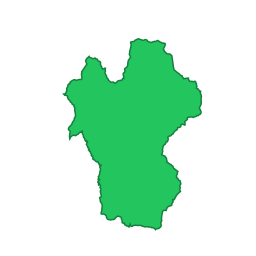 outline of Nam Tra My, Quàng Nam, Vietnam, rotated 202°
{"feature_id": "81297802B98842550999199", "entity_name": "Nam Tra My", "entity_type": "district", "adm_level": 2, "iso_a3": "VNM", "parent_name": "Vietnam", "parent_adm1": "Quàng Nam", "projection": "natural_earth1", "projection_center": [108.076, 15.133], "detail": "fine", "context": "isolated", "style": "filled", "palette": "green", "viewbox_px": 256, "rotation_deg": 202, "n_neighbors": 0, "source": "geoboundaries", "source_scale": "gbopen_adm2", "svg_char_len": 5781}
<svg xmlns="http://www.w3.org/2000/svg" viewBox="0 0 256 256"><g transform="rotate(202 128 128)"><path d="M64.5,44.0L64.2,44.6L63.8,45.0L61.6,46.8L60.8,48.3L60.6,49.2L60.8,50.3L62.2,52.5L62.0,53.4L62.0,54.9L62.3,55.1L62.9,56.2L63.6,58.4L64.5,62.4L64.6,63.9L64.3,64.7L63.8,65.1L61.8,65.8L61.9,68.3L61.5,69.9L60.9,70.6L59.0,72.2L58.6,72.7L58.5,73.0L59.0,74.3L58.6,75.9L58.6,76.6L58.8,77.0L59.5,77.8L59.8,78.5L59.7,78.6L58.8,78.4L58.3,79.0L57.8,83.9L57.0,86.1L55.6,88.8L57.0,90.3L57.2,91.6L57.1,92.3L58.4,93.5L58.1,95.2L58.2,96.2L59.4,97.8L59.7,98.5L61.6,98.7L62.0,99.0L62.3,99.5L62.7,99.6L63.1,100.0L63.9,99.9L64.8,100.7L64.7,101.2L65.2,101.8L65.1,104.0L65.5,105.3L65.5,106.4L66.8,106.8L68.5,107.1L69.2,107.5L69.7,107.5L70.7,107.8L72.2,109.5L73.5,109.5L74.3,110.2L75.5,110.1L76.5,110.5L77.2,110.4L77.7,110.8L79.0,110.7L79.3,110.9L79.4,111.9L79.7,112.4L80.4,113.1L81.1,114.5L81.6,114.7L81.9,115.0L82.3,115.0L82.9,115.6L83.8,115.8L84.6,115.5L85.9,115.9L86.5,115.7L86.8,115.9L86.9,116.1L86.8,117.0L87.1,119.5L87.8,120.5L88.6,124.2L88.5,125.1L87.4,127.1L87.3,128.2L87.5,129.1L87.1,129.6L86.5,129.9L86.3,130.6L86.5,132.8L87.5,134.1L87.5,134.8L87.3,135.4L85.4,136.9L84.8,138.5L84.1,139.3L83.9,140.8L83.3,142.8L81.8,144.9L82.1,147.0L80.7,147.7L79.7,148.7L79.7,149.6L80.0,150.5L79.9,151.2L79.2,151.8L78.5,152.0L76.4,152.0L76.6,153.3L77.8,155.1L76.3,157.9L76.2,158.4L76.8,159.3L76.6,160.3L75.8,160.6L74.8,161.4L74.0,161.7L73.2,162.1L71.6,162.2L69.1,164.5L68.6,165.4L67.5,165.8L66.9,167.3L66.0,168.0L66.1,169.8L66.5,170.7L67.4,171.4L67.9,172.1L69.0,172.9L69.4,173.5L69.1,176.9L69.5,178.8L70.2,180.5L70.9,181.4L71.8,184.9L72.6,186.0L73.8,187.2L74.1,188.2L74.8,188.4L75.0,188.8L74.7,189.3L75.7,189.4L77.0,189.9L77.8,190.5L78.5,190.4L79.6,190.7L79.7,192.4L80.9,193.9L81.2,194.9L82.0,195.3L82.4,195.7L82.7,196.3L83.0,196.4L83.7,196.3L84.7,195.4L86.4,195.2L87.1,194.7L88.4,194.5L90.0,195.6L90.7,196.9L93.7,195.3L94.5,194.5L96.6,195.7L97.4,196.6L98.9,196.6L101.3,197.6L102.9,197.8L107.4,199.4L114.5,211.5L116.9,212.3L119.1,211.5L120.2,211.6L121.9,212.4L122.9,212.6L123.4,213.3L124.8,214.6L124.5,218.1L124.7,218.7L124.6,219.2L125.2,220.2L127.1,220.0L128.1,219.5L129.3,219.8L130.5,219.7L132.5,220.2L133.5,220.2L134.4,218.9L135.4,218.5L137.2,217.2L137.7,216.6L138.8,216.0L140.2,215.7L142.1,215.8L142.6,216.0L143.0,216.5L144.6,216.6L145.2,216.4L146.2,215.3L146.8,215.0L148.9,214.7L151.9,214.6L154.3,212.0L154.5,211.1L155.5,210.1L157.1,209.2L157.7,208.5L157.5,207.9L156.5,206.9L156.1,206.1L155.3,201.5L155.2,200.0L155.0,199.0L154.6,198.4L154.4,196.8L152.1,194.6L153.0,190.8L152.6,188.6L151.8,186.2L151.7,184.2L152.3,183.5L153.3,181.7L153.3,181.4L152.4,180.2L152.0,178.8L152.0,178.4L152.8,177.1L152.8,176.4L151.8,174.6L150.7,173.3L150.4,172.3L151.1,172.1L151.5,171.8L151.6,170.1L152.0,169.6L152.8,169.5L155.1,167.7L155.3,167.4L155.7,166.0L156.4,165.1L157.5,164.5L158.3,165.1L159.2,165.0L160.8,164.0L163.7,164.8L164.5,165.8L166.7,166.9L167.5,168.3L169.3,169.7L170.2,170.7L170.3,171.2L170.2,172.2L171.1,173.8L171.3,174.9L172.2,174.6L172.4,174.0L173.5,173.1L175.0,174.2L175.6,175.1L176.1,175.4L177.0,176.3L177.4,176.5L177.9,178.4L178.2,178.7L179.3,179.2L180.6,178.9L182.6,180.4L183.7,179.9L184.3,180.4L184.8,180.5L185.7,179.7L186.9,179.1L190.3,179.2L190.9,179.8L192.3,176.7L192.5,174.4L190.2,171.9L190.1,171.5L192.0,162.7L191.5,161.6L191.3,160.4L189.5,157.3L189.2,155.8L189.4,155.5L190.6,155.1L191.7,154.5L193.4,153.0L195.2,152.8L196.2,152.5L197.6,150.9L198.8,149.1L198.8,148.7L198.3,148.1L198.3,147.8L198.5,147.5L199.1,147.2L199.2,146.6L199.8,145.8L199.4,143.6L199.7,141.7L198.9,140.1L198.7,139.2L198.9,136.7L199.1,136.2L200.4,135.4L198.8,134.6L197.9,135.1L196.4,135.1L196.1,134.7L195.8,134.6L195.5,133.7L194.9,132.9L193.2,131.9L192.3,131.7L191.0,130.5L189.9,130.3L189.3,130.0L188.6,129.1L186.4,128.9L186.1,127.6L184.8,126.8L184.1,124.6L182.4,121.9L181.2,119.6L181.0,119.0L181.4,117.5L181.0,115.0L181.5,113.0L181.6,109.9L182.9,106.8L183.0,105.2L182.5,104.1L180.7,103.5L180.4,103.2L180.0,102.1L179.9,100.8L179.1,98.4L178.0,96.1L177.9,96.0L178.0,97.3L177.8,98.2L177.0,99.7L176.2,100.6L175.6,101.0L173.9,101.2L173.6,101.4L172.8,102.7L171.9,103.6L171.6,104.5L171.5,105.3L170.1,106.5L169.7,107.7L169.1,107.9L168.9,107.5L169.0,106.5L166.8,104.6L165.7,102.7L164.6,102.4L163.9,101.2L162.3,99.9L161.7,100.7L160.4,100.2L160.3,99.9L160.8,99.4L160.5,98.7L160.4,97.1L158.5,95.8L158.0,94.8L157.0,94.5L156.3,94.1L156.1,93.7L156.5,93.2L156.4,92.8L155.2,92.6L154.9,91.9L154.2,92.0L153.2,90.7L152.4,90.4L151.9,89.8L151.9,89.0L151.6,88.6L151.0,88.4L150.3,88.6L150.0,88.5L149.4,87.4L149.3,86.4L148.4,85.8L147.7,86.1L146.1,85.3L145.0,85.0L144.1,84.9L143.7,85.5L143.3,85.5L142.6,85.0L142.1,84.1L141.2,83.9L140.9,83.1L140.6,82.9L140.2,82.9L139.6,83.6L139.2,83.7L139.0,83.2L139.0,82.4L139.6,82.1L139.6,81.3L138.3,79.8L137.7,78.9L137.8,77.3L137.2,75.6L137.0,72.8L137.3,71.6L136.4,70.6L136.5,69.4L135.4,69.6L134.9,69.3L135.7,68.3L135.8,66.7L135.4,66.3L133.8,66.2L133.8,65.8L134.3,65.5L134.5,65.2L133.8,64.1L132.9,64.7L132.1,64.6L131.8,64.0L131.6,62.1L130.6,61.7L130.2,61.2L129.9,60.2L130.1,59.4L129.9,58.8L127.5,55.3L127.2,54.6L127.2,53.9L128.0,53.2L128.2,52.7L127.4,51.8L125.9,49.2L123.9,48.0L123.3,47.2L122.4,45.3L122.3,44.5L121.4,41.5L121.1,38.9L120.6,38.4L120.0,38.3L118.2,39.2L117.3,39.2L114.9,38.2L114.4,36.9L112.8,35.8L112.0,35.8L110.3,36.1L109.3,36.4L108.4,37.3L107.7,37.4L106.8,37.9L106.2,38.8L105.5,41.0L104.6,42.3L103.2,42.7L101.4,42.8L100.7,42.4L100.0,41.1L98.7,39.9L98.0,38.1L96.9,37.9L95.9,38.5L95.6,38.4L95.1,37.3L94.7,37.0L93.6,37.1L92.6,36.6L91.4,37.1L90.0,36.6L89.9,37.3L90.1,39.7L88.2,37.9L87.1,38.6L86.5,39.6L85.8,40.1L84.1,40.9L82.5,41.2L80.0,42.5L79.0,42.3L75.1,42.7L73.3,43.7L71.7,43.9L70.0,44.6L68.9,44.4L67.9,44.8L65.9,44.9L65.4,44.7L64.5,44.0Z" fill="#22c55e" stroke="#15803d" stroke-width="1.5"/></g></svg>